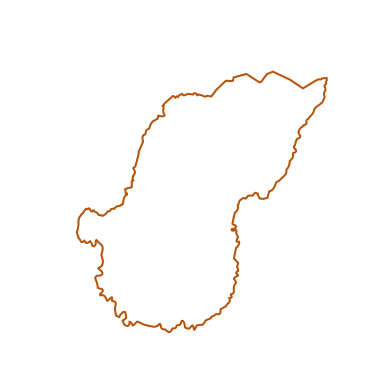 outline of Zacazonapan, México, Mexico, rotated 16°
{"feature_id": "50627088B85040406712653", "entity_name": "Zacazonapan", "entity_type": "district", "adm_level": 2, "iso_a3": "MEX", "parent_name": "Mexico", "parent_adm1": "México", "projection": "natural_earth1", "projection_center": [-100.25, 19.063], "detail": "fine", "context": "isolated", "style": "outline", "palette": "amber", "viewbox_px": 384, "rotation_deg": 16, "n_neighbors": 0, "source": "geoboundaries", "source_scale": "gbopen_adm2", "svg_char_len": 6068}
<svg xmlns="http://www.w3.org/2000/svg" viewBox="0 0 384 384"><g transform="rotate(16 192 192)"><path d="M90.9,246.8L90.6,249.0L90.9,251.4L91.8,254.3L92.5,259.3L92.3,261.7L92.4,262.5L93.1,263.7L95.2,266.5L95.1,267.1L95.3,267.5L96.4,267.9L97.1,268.4L99.4,270.6L100.5,270.3L101.2,269.6L102.0,268.5L104.3,270.2L105.8,269.5L106.4,268.9L107.4,267.6L107.8,267.3L109.4,268.8L111.2,271.2L112.0,271.2L112.6,271.4L113.1,270.8L113.6,269.6L113.7,268.0L113.0,265.9L113.3,264.6L114.4,265.1L116.5,266.4L118.4,267.2L119.9,268.0L121.4,269.8L122.0,272.1L122.2,274.0L122.2,277.5L123.8,280.0L125.5,283.2L125.9,285.6L125.7,287.8L124.6,289.3L123.0,290.9L123.1,291.3L124.5,292.1L125.3,292.2L127.5,293.5L128.2,294.5L128.4,295.1L128.4,295.6L128.0,296.7L126.8,297.5L123.9,298.7L123.0,299.5L123.0,300.2L122.5,301.0L123.5,302.6L125.5,305.3L127.3,308.5L127.7,310.0L129.7,310.3L132.4,310.1L133.2,310.9L133.5,311.4L133.5,312.3L133.0,313.4L132.2,314.5L131.7,315.6L132.1,316.4L132.4,316.6L134.8,315.6L136.6,316.2L138.1,317.2L138.7,318.2L140.6,320.0L143.8,315.3L144.2,315.4L145.1,318.5L148.3,318.8L149.4,320.0L150.3,326.3L153.1,331.8L156.5,332.3L157.0,329.7L158.9,326.2L160.9,325.9L161.3,326.4L163.5,331.2L162.4,332.9L160.7,334.8L163.6,338.2L165.8,338.7L167.5,338.2L168.0,337.2L168.2,336.4L168.1,335.3L167.7,334.0L168.5,333.9L170.7,335.3L171.7,336.6L172.8,335.9L174.6,332.2L175.3,331.6L176.6,331.7L179.4,332.3L182.8,332.7L187.0,332.6L189.8,332.3L192.3,332.1L194.4,331.3L195.7,330.2L196.6,329.0L197.0,327.8L197.6,327.7L198.4,328.3L199.2,330.0L199.8,330.9L201.3,331.9L202.5,331.9L203.5,331.6L204.4,331.6L206.1,332.5L207.6,332.9L208.6,333.0L209.5,332.6L210.3,331.1L210.7,328.6L211.0,328.4L212.4,328.1L213.4,327.5L213.9,326.6L214.1,324.9L214.4,324.3L216.8,323.1L217.3,322.1L217.5,320.7L217.4,319.4L217.7,318.8L218.4,318.4L219.2,318.6L221.1,320.6L222.5,324.0L223.2,324.3L226.2,324.4L226.8,324.2L227.5,323.0L228.6,320.7L229.2,320.2L230.0,320.6L231.8,323.5L232.3,323.7L232.7,322.9L232.9,320.6L233.5,319.6L233.5,319.1L234.2,318.5L236.6,317.4L238.2,317.0L239.1,316.3L240.2,313.3L240.5,311.8L241.5,310.8L244.4,308.6L245.0,307.9L245.1,306.4L247.1,305.0L248.6,303.0L249.2,302.6L251.2,302.2L252.0,301.8L252.6,300.9L251.8,296.8L254.1,294.6L255.0,293.3L255.7,293.0L256.2,292.2L256.5,290.9L257.1,289.3L258.2,287.9L258.5,286.7L258.1,285.4L257.2,284.1L257.0,283.6L259.0,282.6L259.1,281.9L258.8,281.3L257.8,280.5L257.6,280.2L257.7,279.7L257.9,279.3L258.9,278.8L259.4,278.3L259.8,276.7L259.3,275.0L258.5,272.6L258.5,269.1L259.4,267.0L258.6,265.8L257.8,265.1L256.4,264.1L256.2,263.4L256.5,262.5L257.6,261.1L258.7,260.3L259.2,259.7L258.9,258.9L257.8,258.5L256.7,257.5L257.1,256.2L258.1,255.1L257.9,253.9L255.9,251.7L256.0,247.5L250.8,244.4L250.4,242.3L250.0,235.7L249.8,234.6L249.7,233.8L250.8,232.0L251.5,228.9L251.4,227.6L250.9,226.8L249.3,227.3L248.5,227.3L248.2,226.1L248.3,224.6L248.7,222.7L247.2,221.2L246.6,220.1L245.6,218.9L245.7,218.1L245.6,217.2L245.2,216.7L244.5,216.5L242.6,217.7L241.4,218.0L240.6,217.6L240.6,216.6L243.0,215.4L243.7,214.8L244.0,212.9L242.5,212.1L240.8,211.8L240.0,211.6L239.6,211.4L239.1,205.2L238.9,200.2L239.3,199.3L239.7,199.0L240.8,195.8L240.7,194.4L240.0,193.5L239.6,191.8L240.1,190.8L239.8,189.7L240.0,188.9L240.1,187.8L240.4,186.8L242.5,184.0L243.4,183.5L243.9,183.4L244.5,183.7L245.1,183.6L245.7,183.3L246.2,182.2L246.5,180.8L248.3,179.5L251.4,178.8L251.9,177.0L252.5,175.9L253.1,175.3L254.1,175.1L254.6,175.2L255.0,175.7L255.8,175.6L256.1,176.4L258.8,179.6L262.6,178.9L265.0,177.5L266.2,176.6L266.0,170.1L268.3,168.4L269.3,166.3L270.0,163.8L270.0,161.5L270.3,160.5L270.4,159.3L272.4,157.3L274.2,154.6L277.1,149.3L277.3,148.0L277.2,146.8L276.7,144.9L276.7,144.3L276.9,143.8L277.4,143.0L277.7,141.2L278.1,139.8L277.8,138.3L277.9,137.3L277.4,135.6L277.5,135.1L278.6,133.3L279.0,132.2L279.3,130.5L279.1,128.8L278.4,127.6L278.4,127.1L278.6,126.6L279.7,126.0L280.4,125.2L280.7,124.6L280.8,124.1L280.5,123.2L279.4,122.2L278.3,121.7L278.0,121.4L277.7,121.1L277.5,120.3L278.0,118.4L278.0,114.1L278.1,113.0L278.4,112.2L278.9,111.4L279.9,110.9L280.4,110.4L280.6,109.9L280.8,109.0L280.7,108.5L280.5,108.2L279.3,107.1L278.8,106.8L278.1,105.7L277.9,104.7L278.0,102.7L278.4,101.4L278.8,100.6L279.7,99.2L280.3,98.6L280.7,97.3L280.9,97.0L281.9,96.7L282.2,96.1L282.8,95.3L283.1,94.4L283.0,93.8L282.5,92.9L282.3,91.8L282.5,91.1L283.7,89.5L284.3,87.6L286.1,84.2L286.8,81.6L286.8,80.3L286.8,78.4L287.1,77.7L288.9,74.8L290.8,72.6L291.6,71.0L292.3,70.4L292.5,70.0L292.7,69.5L292.8,67.6L293.3,65.6L293.4,65.1L293.1,63.8L291.9,61.8L291.8,61.1L291.7,60.3L291.9,58.7L292.2,57.7L292.1,56.9L291.2,55.0L290.3,54.2L290.1,53.6L290.1,53.0L290.3,52.4L291.0,51.1L291.0,50.4L290.4,49.1L290.8,47.6L289.9,45.3L285.8,46.9L284.9,48.3L283.1,48.6L280.5,50.5L270.1,61.8L255.0,57.0L236.7,54.0L231.6,57.9L228.2,66.9L226.5,68.0L211.8,63.5L200.4,70.4L200.8,73.7L198.1,74.9L194.9,75.3L193.4,76.5L187.2,87.1L184.2,94.9L180.6,95.2L177.8,96.9L175.5,96.4L171.2,96.5L170.8,97.4L170.3,97.6L168.6,96.1L166.7,96.5L166.1,98.0L161.1,98.8L158.0,101.2L157.2,101.4L155.3,100.5L153.0,102.6L152.5,104.4L151.1,104.2L150.1,105.9L147.8,104.9L147.1,105.1L141.5,114.0L140.2,117.1L141.0,117.0L142.2,122.9L144.6,126.0L142.6,127.7L138.6,127.9L138.7,131.1L135.0,134.7L133.7,137.7L133.4,142.6L132.3,143.8L131.6,144.4L131.0,145.9L131.2,149.3L129.4,151.1L129.3,153.5L131.1,157.0L129.6,168.3L130.3,170.3L130.5,183.2L128.9,185.2L131.7,188.3L131.8,190.7L131.0,192.6L131.2,196.0L132.4,197.1L131.2,198.1L132.7,204.0L129.0,206.1L127.0,207.6L128.6,211.5L129.9,211.3L130.3,212.2L129.4,213.4L128.4,215.1L128.4,220.1L129.0,221.2L128.3,222.7L128.6,223.3L128.2,223.6L127.5,223.8L127.0,224.4L127.0,224.8L123.8,226.5L123.1,227.2L122.3,228.4L121.8,229.7L120.1,229.9L118.8,231.0L118.4,232.8L117.5,233.3L116.5,233.7L115.6,235.9L114.5,237.6L113.1,239.2L112.1,239.7L111.4,239.4L110.4,239.4L109.9,239.7L108.6,239.8L106.7,238.3L105.8,238.0L103.5,237.7L103.0,237.4L102.6,236.8L101.9,237.0L101.9,237.6L100.5,238.5L99.6,237.8L98.1,236.2L96.9,236.3L96.5,237.3L94.7,237.5L93.3,240.7L93.1,242.3L92.1,243.5L91.7,244.9L90.9,246.8Z" fill="none" stroke="#b45309" stroke-width="2"/></g></svg>